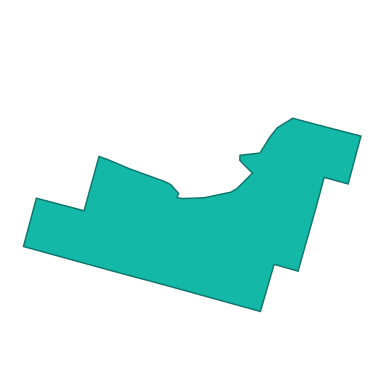 the district of Bay, Michigan, United States of America, rotated 285°
{"feature_id": "52423323B76929039895694", "entity_name": "Bay", "entity_type": "district", "adm_level": 2, "iso_a3": "USA", "parent_name": "United States of America", "parent_adm1": "Michigan", "projection": "albers", "projection_center": [-83.928, 43.738], "detail": "fine", "context": "isolated", "style": "filled", "palette": "teal", "viewbox_px": 384, "rotation_deg": 285, "n_neighbors": 0, "source": "geoboundaries", "source_scale": "gbopen_adm2", "svg_char_len": 569}
<svg xmlns="http://www.w3.org/2000/svg" viewBox="0 0 384 384"><g transform="rotate(285 192 192)"><path d="M95.7,43.3L95.1,141.5L95.1,190.6L94.3,289.0L143.4,290.0L143.0,314.9L199.2,315.7L240.3,315.9L240.2,340.7L289.7,340.7L289.3,290.8L289.3,270.2L276.1,257.8L265.6,253.2L247.2,247.5L239.9,228.9L234.9,230.0L225.8,245.5L207.0,234.6L201.9,229.6L189.5,205.1L185.4,191.7L183.3,184.8L182.6,179.8L183.1,178.9L187.0,179.5L193.6,169.6L194.9,163.7L198.4,124.0L201.4,102.9L202.3,93.0L145.9,92.6L145.7,43.3L95.7,43.3Z" fill="#14b8a6" stroke="#0f766e" stroke-width="1.5"/></g></svg>